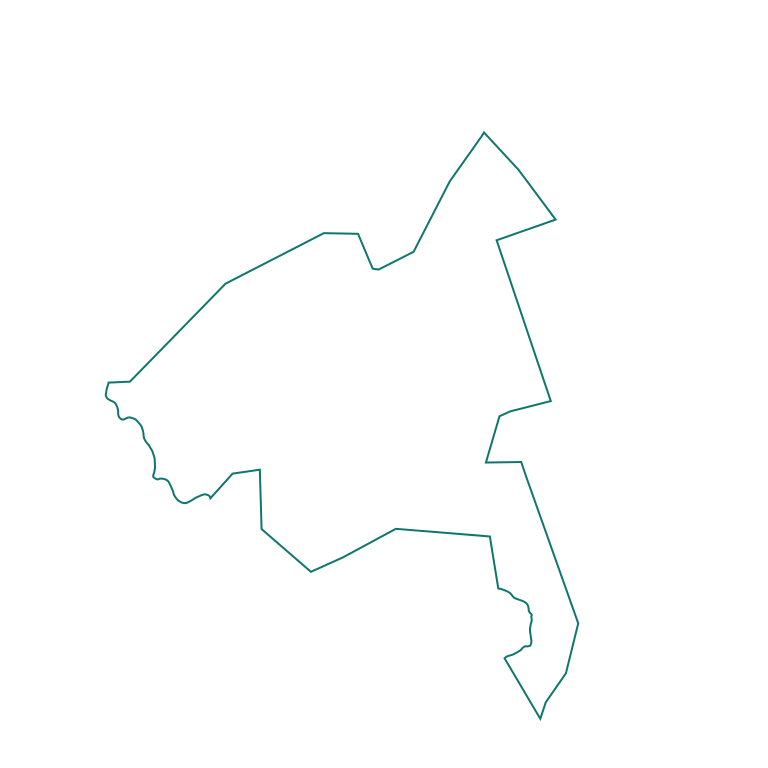 outline of Trinidad, Santa Bárbara, Honduras, rotated 108°
{"feature_id": "27666195B30534967485029", "entity_name": "Trinidad", "entity_type": "district", "adm_level": 2, "iso_a3": "HND", "parent_name": "Honduras", "parent_adm1": "Santa Bárbara", "projection": "mercator", "projection_center": [-88.214, 15.162], "detail": "fine", "context": "isolated", "style": "outline", "palette": "teal", "viewbox_px": 768, "rotation_deg": 108, "n_neighbors": 0, "source": "geoboundaries", "source_scale": "gbopen_adm2", "svg_char_len": 6022}
<svg xmlns="http://www.w3.org/2000/svg" viewBox="0 0 768 768"><g transform="rotate(108 384 384)"><path d="M654.1,131.9L636.8,131.8L602.9,121.6L551.6,125.3L428.0,220.3L415.8,229.4L427.2,262.8L379.0,264.2L370.9,255.3L348.7,220.1L212.5,321.3L174.6,271.6L138.8,322.1L113.9,366.6L114.9,366.8L115.8,367.1L116.7,367.3L117.5,367.5L118.4,367.7L118.8,367.8L119.3,367.9L120.4,368.4L122.8,369.2L123.2,369.3L124.4,369.6L171.0,384.1L249.1,396.7L276.8,424.5L277.8,430.4L249.2,455.1L259.1,487.8L337.5,565.7L427.8,610.3L460.3,626.4L467.8,646.4L468.8,646.3L469.6,646.2L470.5,646.2L471.4,646.2L473.1,646.2L473.5,646.2L473.9,646.2L474.5,646.2L475.5,646.0L476.9,645.8L477.9,645.6L480.1,645.3L480.3,645.3L480.5,645.2L481.0,645.0L481.4,644.7L481.8,644.4L482.2,644.0L482.6,643.5L483.0,643.1L483.2,642.6L483.4,642.2L483.6,641.8L483.7,641.5L483.9,640.5L484.0,640.0L484.1,639.5L484.2,639.1L484.3,637.8L484.4,636.9L484.5,636.3L484.6,635.5L484.9,634.8L485.0,634.5L485.1,634.2L485.3,633.9L485.4,633.6L485.7,633.3L486.0,632.9L486.3,632.5L486.6,632.2L487.2,631.7L487.6,631.3L488.3,630.7L488.7,630.4L489.2,630.0L489.7,629.7L490.9,629.0L491.9,628.5L492.3,628.3L492.7,628.2L492.9,628.1L494.0,627.8L494.3,627.7L494.7,627.5L495.0,627.4L495.4,627.2L495.7,627.0L496.1,626.7L496.4,626.5L496.7,626.2L497.1,625.9L497.4,625.6L497.6,625.3L497.7,625.0L498.0,624.5L498.2,624.1L498.3,623.8L498.5,623.3L498.6,622.9L498.6,622.5L498.7,622.2L498.7,621.9L498.7,621.7L498.5,621.2L498.3,620.9L498.1,620.5L497.8,620.1L497.4,619.7L497.1,619.3L496.1,618.5L495.8,618.0L495.5,617.7L495.2,617.3L494.9,616.9L494.8,616.6L494.6,616.2L494.5,615.9L494.4,615.5L494.3,615.1L494.3,614.9L494.2,614.2L494.2,613.5L494.2,612.7L494.2,611.9L494.2,611.4L494.3,610.4L494.4,609.6L494.5,609.4L494.5,609.1L494.8,608.7L495.0,608.2L495.6,607.1L496.2,606.1L496.8,605.1L497.7,603.6L498.1,603.0L498.4,602.6L498.7,602.3L499.0,601.9L499.3,601.5L499.8,601.1L500.3,600.7L500.8,600.3L501.4,599.9L502.1,599.4L502.7,599.0L503.8,598.3L504.6,597.9L505.4,597.5L505.8,597.3L506.7,597.0L507.4,596.7L507.9,596.4L508.4,596.2L509.2,595.7L509.6,595.5L510.0,595.2L510.4,594.8L510.9,594.3L511.4,593.8L512.1,593.0L512.9,591.9L513.2,591.4L513.6,590.9L513.9,590.4L514.5,589.2L514.7,588.9L514.9,588.6L515.4,588.0L516.7,586.8L517.0,586.4L517.5,585.8L518.5,584.6L519.1,584.0L519.8,583.3L520.1,583.0L520.6,582.7L523.1,580.9L524.5,579.9L525.1,579.5L525.5,579.3L525.9,579.1L527.1,578.6L528.1,578.2L529.2,577.8L531.4,577.0L532.3,576.7L533.5,576.2L534.2,575.9L534.8,575.8L535.7,575.7L536.7,575.5L537.7,575.4L539.4,575.3L539.8,575.2L540.2,575.2L540.9,575.3L541.5,575.3L541.9,575.2L542.3,575.2L542.8,575.1L543.1,574.9L543.5,574.8L543.6,574.7L543.8,574.6L543.9,574.4L544.0,574.2L544.2,573.5L544.5,572.6L544.7,571.5L544.8,570.9L544.8,570.7L544.8,570.4L544.7,570.0L544.6,569.6L544.5,569.4L544.4,569.2L544.2,569.0L544.1,568.8L543.8,568.5L543.6,568.3L543.4,568.1L543.3,567.9L543.1,567.5L542.9,567.0L542.8,566.5L542.6,565.8L542.4,564.9L542.3,564.4L542.3,563.6L542.3,562.8L542.3,562.1L542.4,561.5L542.6,560.9L542.7,560.3L542.9,559.9L543.0,559.6L543.2,559.3L543.4,558.9L543.7,558.5L543.9,558.2L544.6,557.5L545.6,556.6L546.6,555.6L547.8,554.5L550.0,552.6L551.2,551.5L551.5,551.3L552.0,551.0L552.3,550.8L553.0,550.4L553.4,550.2L553.6,550.0L553.9,549.8L554.2,549.5L554.6,549.2L554.9,548.8L555.3,548.4L556.0,547.5L556.8,546.5L557.0,546.1L557.6,545.3L557.9,544.8L558.1,544.3L558.3,544.0L558.4,543.6L558.6,543.3L558.7,542.8L558.8,542.4L558.9,541.9L559.0,541.4L559.1,540.9L559.2,540.1L559.2,539.3L559.2,538.7L559.2,538.4L559.1,538.0L559.0,537.6L558.9,537.0L558.8,536.7L558.7,536.1L558.6,535.9L558.5,535.7L558.4,535.6L558.1,535.0L557.9,534.8L557.5,534.3L556.9,533.7L555.9,532.6L555.1,531.9L554.6,531.4L553.9,530.8L553.4,530.4L552.9,530.0L551.9,529.2L551.5,528.9L550.8,528.3L550.3,527.8L549.4,526.9L548.0,525.3L547.5,524.7L546.0,523.1L545.6,522.5L545.2,522.0L544.8,521.4L544.6,521.0L544.4,520.4L544.2,519.9L544.1,519.5L544.1,518.9L544.0,518.3L544.0,517.5L544.1,516.8L544.2,516.3L544.3,515.9L544.4,515.6L544.6,515.3L544.8,515.0L545.1,514.7L545.4,514.5L546.1,514.0L546.4,513.8L516.0,500.3L503.9,475.6L559.8,455.6L585.2,395.5L561.7,369.6L518.1,328.0L496.3,236.2L543.2,212.1L543.0,211.5L543.0,210.9L542.9,210.4L542.8,209.9L542.8,209.1L542.8,208.3L542.8,207.4L542.8,206.7L542.9,205.8L542.9,205.2L543.0,204.3L543.1,203.3L543.3,201.9L543.5,201.0L543.7,200.0L543.8,199.7L544.2,199.0L545.4,197.0L546.9,194.6L547.0,194.4L547.1,194.2L547.1,193.9L547.2,193.5L547.2,193.1L547.3,192.6L547.4,190.0L547.5,186.3L547.5,185.8L547.7,183.9L547.8,183.3L547.9,182.7L548.1,182.1L548.2,181.6L548.4,181.2L548.6,180.8L548.8,180.4L549.1,180.0L549.4,179.6L549.7,179.2L550.0,178.9L550.2,178.7L550.4,178.5L550.9,178.2L551.4,177.9L551.9,177.6L552.6,177.2L553.0,177.0L554.1,176.6L554.6,176.3L555.0,176.1L555.5,175.7L555.8,175.3L556.0,175.2L556.3,174.8L556.5,174.6L556.6,174.4L556.8,174.1L556.9,173.6L557.0,173.3L557.1,173.2L557.2,172.9L557.4,172.7L557.5,172.5L557.7,172.3L557.9,172.2L558.1,172.1L558.5,172.0L559.1,172.1L559.5,172.1L559.9,172.0L560.1,171.9L560.4,171.7L560.8,171.5L561.2,171.3L561.5,171.1L562.0,170.9L562.8,170.6L563.6,170.3L564.2,170.3L565.0,170.3L566.0,170.3L567.2,170.2L568.3,170.1L569.4,169.9L570.4,169.7L571.3,169.6L572.1,169.4L572.5,169.2L573.1,169.0L573.8,168.8L574.2,168.6L575.3,168.1L577.1,167.2L582.0,164.8L582.5,164.5L582.9,164.4L583.4,164.2L583.9,164.1L584.6,164.0L585.2,163.9L585.8,163.9L586.3,163.9L587.0,164.0L587.3,164.0L587.6,164.1L587.9,164.3L588.0,164.4L588.1,164.5L588.7,165.5L589.0,166.0L589.1,166.3L589.3,166.6L589.4,166.9L589.4,167.2L589.6,168.0L589.7,168.4L589.9,168.7L590.0,168.9L590.3,169.2L590.4,169.4L590.6,169.5L590.8,169.7L591.2,170.0L591.7,170.3L592.3,170.7L592.6,170.8L593.0,171.0L593.6,171.2L594.3,171.5L594.5,171.5L594.8,171.7L595.4,172.1L595.8,172.5L596.5,173.1L597.3,173.8L599.0,175.3L599.8,176.1L600.2,176.5L601.0,177.3L601.4,177.7L601.8,178.2L602.6,179.4L603.5,180.7L604.4,182.0L604.6,182.3L605.7,183.4L605.9,183.5L606.1,183.7L606.6,184.0L606.9,184.2L607.6,184.6L654.1,131.9Z" fill="none" stroke="#0f766e" stroke-width="2"/></g></svg>